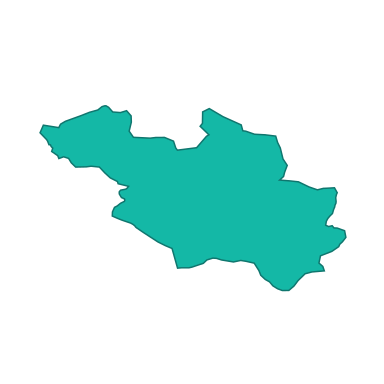 outline of Yewa South, Ogun, Nigeria, rotated 98°
{"feature_id": "59680162B97490121732821", "entity_name": "Yewa South", "entity_type": "district", "adm_level": 2, "iso_a3": "NGA", "parent_name": "Nigeria", "parent_adm1": "Ogun", "projection": "equal_earth", "projection_center": [2.951, 6.767], "detail": "fine", "context": "isolated", "style": "filled", "palette": "teal", "viewbox_px": 384, "rotation_deg": 98, "n_neighbors": 0, "source": "geoboundaries", "source_scale": "gbopen_adm2", "svg_char_len": 2106}
<svg xmlns="http://www.w3.org/2000/svg" viewBox="0 0 384 384"><g transform="rotate(98 192 192)"><path d="M269.4,195.7L268.5,191.8L267.5,184.5L266.4,181.6L265.1,179.0L261.0,170.8L257.2,167.8L254.6,162.2L254.3,158.6L255.2,153.2L255.5,141.2L253.0,134.2L253.1,129.0L253.8,120.5L260.5,114.8L264.9,112.3L268.4,107.3L270.2,102.7L273.7,98.8L275.9,93.8L277.0,88.8L276.0,82.4L270.9,77.9L264.9,74.6L257.2,68.6L255.6,64.7L254.5,62.2L251.7,50.0L247.5,52.1L244.7,56.4L237.3,55.9L231.3,45.2L225.7,39.1L223.2,38.4L220.4,36.1L215.5,33.3L209.1,35.5L207.5,43.2L207.8,46.4L205.9,48.5L207.2,51.9L206.3,55.0L202.3,54.9L199.3,53.8L196.6,52.1L193.7,49.9L190.0,49.4L188.3,49.0L187.0,48.6L185.4,48.6L183.0,47.9L181.3,48.0L177.6,48.9L174.3,48.6L172.5,48.1L168.0,51.5L169.7,60.0L170.1,62.4L172.4,68.1L170.7,76.8L167.1,88.0L167.4,97.0L168.0,106.9L163.9,103.5L159.5,103.0L152.4,101.4L146.6,106.5L136.1,110.7L131.1,114.1L125.0,116.9L125.2,127.6L126.1,138.1L124.3,147.2L124.3,150.2L118.7,152.6L118.5,153.3L113.1,171.8L107.0,186.5L111.2,192.6L122.6,191.2L125.8,193.1L133.0,183.2L134.8,185.4L147.5,193.6L152.6,212.3L150.7,214.2L144.2,217.4L141.8,226.8L143.0,235.2L144.5,240.9L146.0,257.6L140.5,262.7L131.2,261.8L125.1,262.9L120.6,268.1L123.3,273.9L123.8,281.6L119.7,286.4L118.6,289.2L118.9,290.7L120.0,293.0L123.9,296.7L127.3,304.5L132.2,313.2L136.0,320.4L139.6,327.2L143.1,331.6L146.8,332.9L146.5,348.5L154.5,350.7L160.4,343.2L161.9,342.0L165.1,340.2L165.0,338.7L166.6,337.8L167.9,336.0L171.4,336.6L174.7,330.0L177.4,328.5L175.0,324.0L175.9,318.9L179.9,315.6L183.5,310.7L181.8,300.2L180.5,295.5L180.2,287.2L185.2,281.0L189.4,274.9L192.0,267.3L194.1,266.3L195.2,255.6L197.3,256.8L198.4,258.0L200.1,262.9L201.7,264.0L202.7,264.0L204.1,263.7L206.0,262.2L207.4,261.0L207.5,259.8L207.9,259.4L208.1,258.8L208.1,258.0L208.6,257.6L209.9,257.4L210.7,257.7L213.1,261.2L214.4,262.4L216.2,264.1L218.0,266.6L222.8,268.0L226.9,267.6L228.4,262.3L229.6,257.5L230.6,252.3L231.3,248.5L232.3,245.9L233.5,243.9L234.5,243.0L235.1,242.1L239.0,234.2L246.2,218.8L248.8,211.0L250.7,203.9L269.4,195.7Z" fill="#14b8a6" stroke="#0f766e" stroke-width="1.5"/></g></svg>